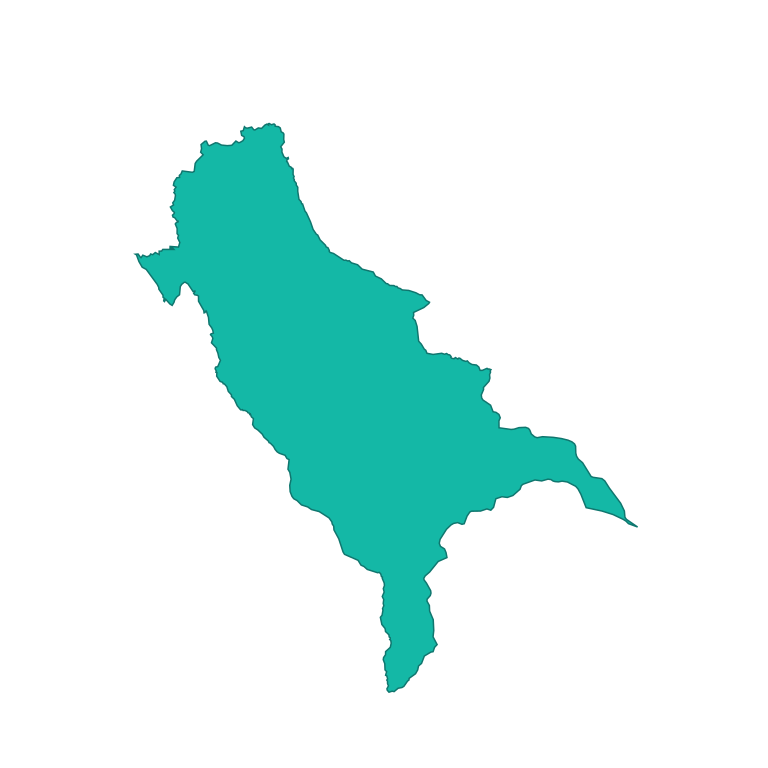 Duitama, Boyacá, Colombia (Robinson projection), rotated 159°
{"feature_id": "7082276B48386151421369", "entity_name": "Duitama", "entity_type": "district", "adm_level": 2, "iso_a3": "COL", "parent_name": "Colombia", "parent_adm1": "Boyacá", "projection": "robinson", "projection_center": [-73.056, 5.897], "detail": "fine", "context": "isolated", "style": "filled", "palette": "teal", "viewbox_px": 768, "rotation_deg": 159, "n_neighbors": 0, "source": "geoboundaries", "source_scale": "gbopen_adm2", "svg_char_len": 6160}
<svg xmlns="http://www.w3.org/2000/svg" viewBox="0 0 768 768"><g transform="rotate(159 384 384)"><path d="M490.5,98.4L490.7,96.9L489.8,94.5L486.5,94.3L484.8,93.2L479.8,94.9L476.0,94.2L473.8,94.6L468.5,98.2L466.8,98.7L466.0,100.2L458.4,102.2L455.0,105.0L452.8,108.4L449.1,109.7L443.8,115.6L436.4,116.9L434.1,116.5L431.2,120.0L427.8,121.7L428.8,130.4L425.9,136.0L422.5,146.3L422.8,155.6L421.0,161.0L421.7,165.9L420.8,167.7L416.6,169.9L415.1,171.9L414.5,174.3L415.7,182.8L416.8,186.8L416.5,188.3L414.3,190.1L408.8,192.1L397.0,198.9L387.4,199.4L386.5,204.4L386.6,208.3L389.5,212.2L389.5,215.5L387.3,218.9L377.7,226.0L372.0,228.4L368.9,228.9L364.9,228.2L361.5,225.1L359.2,224.8L353.8,230.9L349.8,233.7L347.9,233.9L339.4,230.8L332.7,230.5L329.5,227.9L325.9,229.6L320.7,236.8L314.3,236.5L309.5,233.9L303.6,233.7L294.7,237.0L292.2,239.9L290.1,240.6L277.5,240.3L271.5,237.0L265.0,236.4L262.3,234.9L261.0,232.9L259.3,231.6L256.2,230.1L252.6,229.5L247.9,226.8L241.7,219.8L240.5,216.6L239.7,210.5L239.6,196.1L226.2,187.4L217.0,180.1L209.2,171.9L207.2,169.2L205.8,166.0L198.5,159.6L206.2,170.8L206.8,173.3L205.1,179.3L205.8,187.9L210.9,206.0L212.6,214.4L214.5,217.6L222.3,222.0L223.8,223.5L226.8,239.3L229.5,244.3L230.1,247.6L229.7,250.8L227.4,257.3L227.6,259.8L229.3,262.7L232.3,265.6L237.9,269.5L245.0,273.5L254.9,278.0L260.3,279.0L262.3,280.7L264.4,284.6L264.4,288.6L265.0,290.7L267.3,292.8L273.6,294.9L278.7,295.2L281.6,296.0L292.3,301.9L289.9,308.4L287.6,310.8L287.6,314.4L289.6,317.4L292.1,319.0L292.1,326.0L297.3,333.5L297.8,335.9L297.1,338.9L293.0,343.2L292.4,345.1L285.0,348.9L283.0,351.6L282.1,354.9L280.2,357.0L280.3,358.1L279.0,359.1L280.7,360.5L281.5,360.4L282.2,361.7L287.4,361.5L289.4,362.3L289.4,365.9L290.9,368.6L294.9,370.7L297.0,373.3L297.9,375.7L299.5,375.8L302.2,377.9L303.9,380.8L304.8,381.4L306.1,380.9L307.9,383.1L309.5,382.5L311.5,383.7L312.1,384.9L311.5,385.6L312.2,387.6L313.7,388.5L314.6,390.0L316.9,390.1L319.1,392.0L327.6,394.0L332.9,397.3L332.9,400.5L333.9,402.1L334.9,407.9L336.3,411.5L332.5,425.9L332.1,432.1L333.5,435.2L331.6,437.5L330.8,440.2L319.4,441.1L313.3,443.1L312.2,444.0L314.7,446.9L316.5,453.5L318.7,454.5L321.6,457.8L327.4,462.5L333.3,465.3L334.6,467.3L336.4,468.6L337.0,470.4L338.4,470.9L339.4,472.3L343.4,474.0L344.7,476.3L346.0,477.0L348.8,483.1L353.3,487.8L353.9,492.4L363.2,499.0L365.9,504.8L371.0,508.8L372.3,511.6L373.7,511.8L375.2,513.3L377.0,513.8L384.3,523.9L387.1,526.1L387.6,527.2L387.2,528.4L387.5,531.4L388.9,532.7L388.9,534.5L392.0,541.4L392.5,546.8L393.5,548.1L394.8,553.7L394.5,561.7L395.1,571.6L395.8,573.8L395.5,581.3L396.3,581.8L396.1,584.1L397.2,586.8L395.5,594.7L394.0,598.6L394.6,601.1L394.0,602.9L395.0,606.0L394.5,606.9L394.7,608.8L393.6,609.8L393.8,612.2L391.8,617.2L392.0,618.1L392.8,618.0L393.0,619.7L394.4,621.3L394.6,625.9L395.2,626.5L394.2,628.1L392.5,628.5L392.3,629.8L394.4,629.7L396.0,632.0L396.2,637.1L395.0,639.9L395.4,642.5L390.4,645.5L390.0,648.2L387.9,653.2L388.2,654.6L389.6,656.3L389.1,660.2L390.3,662.1L393.2,663.6L392.8,665.1L393.5,666.2L396.2,666.4L397.9,668.4L398.6,668.4L399.0,667.0L400.2,668.6L402.4,668.4L406.7,666.5L409.6,668.1L413.5,667.4L414.5,668.1L415.5,671.3L419.9,671.8L421.3,672.7L422.1,674.2L424.6,671.0L427.1,671.3L427.8,667.1L426.1,665.1L426.2,663.5L428.5,661.7L432.1,661.1L433.4,661.5L435.2,663.9L440.6,661.4L444.9,662.7L450.1,665.3L453.0,668.6L454.9,669.6L461.4,669.0L462.5,669.9L462.8,674.4L464.1,674.8L469.0,673.1L470.0,669.0L472.1,666.1L470.7,662.8L479.0,659.2L481.2,657.6L485.0,650.5L487.0,650.3L496.0,655.2L498.2,652.9L500.3,652.1L500.8,650.1L503.5,650.8L507.5,647.9L509.4,645.0L507.6,642.3L510.2,640.6L510.1,639.0L511.6,638.0L510.9,636.2L511.2,634.6L513.6,630.6L516.3,628.8L516.3,626.6L520.0,625.8L519.4,621.6L518.2,619.3L518.8,618.3L521.0,617.4L521.1,615.4L519.8,614.3L518.7,610.5L517.8,609.8L518.0,609.2L520.1,609.1L521.5,608.2L521.4,603.3L523.3,598.5L522.6,596.4L524.3,594.2L523.9,589.3L526.8,585.5L534.4,589.1L535.0,587.7L532.5,586.6L531.9,584.9L542.3,588.9L544.0,587.8L546.3,588.6L547.5,585.4L550.4,588.7L553.5,587.6L555.3,589.0L556.7,587.8L559.8,587.7L563.0,590.7L565.5,589.0L565.9,589.3L567.0,593.5L569.5,594.2L568.8,593.3L568.9,586.1L567.9,579.7L564.9,576.2L560.0,558.2L559.7,554.9L560.2,553.2L558.5,546.1L559.2,544.1L558.4,542.8L559.9,540.6L559.4,539.6L557.4,541.3L555.2,535.4L553.6,533.3L550.8,535.5L549.2,537.6L546.2,539.6L542.9,540.6L539.3,547.9L537.2,549.5L534.2,550.5L533.1,550.3L531.1,547.6L529.1,538.7L527.3,538.6L527.4,538.0L529.2,536.8L528.7,535.1L526.3,533.6L525.7,532.5L527.5,527.7L525.9,517.2L526.5,514.9L525.7,514.8L523.9,516.0L523.7,515.4L524.0,509.1L525.9,502.4L524.7,498.1L524.6,495.4L525.1,492.6L527.6,492.8L528.3,492.2L527.4,489.8L527.5,487.8L530.3,484.3L527.5,477.5L528.1,476.1L528.0,472.4L528.7,468.0L528.2,464.7L533.0,459.8L535.1,460.1L535.7,459.5L536.2,458.7L535.9,456.3L536.7,455.2L535.9,454.6L537.4,451.3L536.1,445.2L534.1,443.4L534.0,441.8L533.0,441.3L531.7,437.8L532.0,432.8L530.3,428.6L530.9,427.0L529.2,423.4L528.8,416.3L527.3,411.8L526.8,411.0L525.3,410.8L525.1,409.8L523.2,409.1L521.5,407.1L521.3,405.9L520.3,405.2L520.2,403.7L519.5,403.9L519.6,400.9L518.3,398.5L521.2,393.2L520.5,389.4L518.3,386.4L515.6,380.7L515.1,377.3L512.4,372.2L512.3,370.4L511.3,369.5L509.5,365.3L509.1,361.9L508.1,359.0L506.6,356.9L501.9,352.9L501.3,349.2L499.7,347.4L504.2,338.8L503.6,335.3L504.9,328.4L508.3,323.2L510.2,317.1L510.2,312.2L509.4,309.3L506.9,306.3L504.4,300.7L499.3,296.6L496.7,292.8L490.2,288.1L483.3,278.7L482.1,274.0L482.5,271.8L481.9,269.3L483.0,265.7L481.7,255.7L482.4,241.9L481.9,239.1L471.4,228.7L470.4,223.1L468.1,220.8L466.1,216.9L457.6,210.1L455.9,209.8L455.1,207.8L455.4,205.1L454.7,204.3L455.3,203.0L455.1,198.3L455.8,195.7L458.0,193.2L458.4,189.7L461.8,186.2L461.5,182.9L463.4,179.4L463.6,177.1L465.9,174.8L466.0,173.3L468.7,168.8L471.0,167.5L472.2,160.2L470.6,155.3L471.3,152.3L469.3,148.2L469.8,145.9L469.1,144.9L469.6,143.6L470.2,143.4L469.6,142.0L470.2,139.4L472.5,135.9L478.4,133.6L479.6,130.7L482.4,128.8L483.5,126.9L483.5,122.6L485.5,116.7L484.6,114.5L486.9,111.5L486.0,110.5L486.3,107.3L487.5,106.6L487.2,105.4L488.1,102.9L488.0,100.6L490.5,98.4Z" fill="#14b8a6" stroke="#0f766e" stroke-width="1.5"/></g></svg>